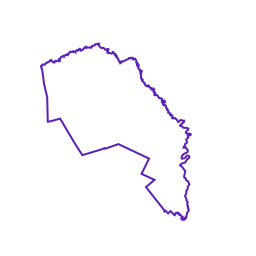 outline of Acuña, Coahuila, Mexico, rotated 46°
{"feature_id": "50627088B18038735195258", "entity_name": "Acuña", "entity_type": "district", "adm_level": 2, "iso_a3": "MEX", "parent_name": "Mexico", "parent_adm1": "Coahuila", "projection": "albers", "projection_center": [-102.149, 29.425], "detail": "fine", "context": "isolated", "style": "outline", "palette": "violet", "viewbox_px": 256, "rotation_deg": 46, "n_neighbors": 0, "source": "geoboundaries", "source_scale": "gbopen_adm2", "svg_char_len": 5630}
<svg xmlns="http://www.w3.org/2000/svg" viewBox="0 0 256 256"><g transform="rotate(46 128 128)"><path d="M183.0,156.1L212.9,159.1L213.4,160.7L213.4,158.5L217.3,158.5L217.3,155.1L222.7,155.1L222.6,154.5L223.1,154.5L222.4,152.4L223.0,152.0L223.0,151.7L223.3,150.9L224.1,150.8L224.3,151.2L224.9,150.9L225.0,151.4L225.8,151.4L225.8,151.0L226.9,151.0L226.8,150.7L228.5,150.7L230.0,150.4L230.0,152.5L232.1,152.6L232.1,151.1L233.1,151.0L233.1,149.1L233.0,148.9L232.3,149.2L232.2,149.0L232.1,148.2L232.3,147.6L231.9,147.2L230.3,144.4L229.9,144.0L229.7,142.2L229.2,141.1L228.5,140.7L228.0,140.9L227.7,140.8L227.1,140.5L227.0,140.0L226.1,139.7L225.9,139.0L224.9,138.9L223.7,138.2L223.3,137.0L222.6,136.4L221.1,136.5L220.4,136.0L220.2,135.6L218.1,134.7L217.0,134.5L216.5,134.1L216.1,133.4L216.1,132.7L215.7,131.7L213.7,129.7L213.5,129.2L213.6,128.4L213.0,127.0L211.6,125.7L211.3,123.3L211.1,122.9L208.5,122.0L207.9,121.9L205.9,122.3L205.4,122.2L204.2,121.5L202.9,121.9L202.4,121.8L200.9,120.0L199.4,117.4L198.4,116.7L193.3,116.1L191.3,116.5L190.8,116.1L190.7,115.3L191.0,113.9L191.4,112.9L192.5,111.1L191.6,106.8L192.0,105.3L191.9,104.5L191.5,104.1L190.5,103.6L190.0,103.6L189.7,103.9L188.7,105.2L189.1,107.1L188.9,108.6L187.6,110.5L187.0,110.5L186.5,110.0L185.7,108.9L185.4,106.5L185.6,105.2L186.6,102.8L186.5,101.3L184.7,100.1L182.9,100.3L182.0,99.9L181.7,100.1L181.0,101.5L180.7,101.7L180.2,100.7L180.1,99.4L179.2,98.2L179.5,96.3L179.4,95.7L179.0,95.2L177.6,94.7L176.7,94.0L176.5,93.4L176.8,92.3L176.7,91.4L176.4,91.1L175.5,90.8L174.8,90.2L174.9,89.4L176.2,88.7L176.5,88.2L176.5,87.7L176.1,87.2L175.7,87.2L175.0,87.6L172.7,89.6L171.6,89.7L171.2,89.4L171.0,88.1L170.8,87.3L171.0,85.7L170.6,85.2L169.8,85.1L168.3,85.9L167.6,86.9L166.0,88.1L164.2,88.0L163.1,88.8L162.5,88.9L162.2,88.5L162.4,86.6L162.3,85.5L162.7,84.2L162.1,82.9L161.7,82.5L160.9,83.5L160.3,83.8L159.6,83.9L159.1,84.3L158.6,85.3L158.8,85.8L158.9,86.9L158.6,87.6L156.6,87.3L155.7,87.0L154.4,87.5L153.3,87.4L152.7,88.1L152.6,88.7L151.6,89.4L150.8,88.9L150.5,88.0L150.0,87.8L149.8,87.4L148.9,87.6L148.5,88.0L148.3,88.6L147.7,88.6L147.3,87.7L146.9,87.4L146.1,88.0L144.9,88.5L144.6,88.2L143.9,86.9L143.5,86.8L142.8,87.4L142.4,87.4L141.9,87.2L141.6,86.5L140.3,86.7L140.2,86.4L138.2,85.3L137.6,85.3L137.2,85.4L137.1,86.1L136.9,86.4L135.3,86.4L134.6,85.9L134.3,85.0L134.3,84.7L135.1,84.1L135.3,83.6L133.9,82.7L133.4,82.8L133.1,83.2L133.2,83.8L133.8,84.9L133.7,85.3L133.3,85.6L132.1,85.0L131.0,83.8L130.8,83.3L130.3,83.2L130.0,83.2L128.9,84.3L128.1,84.8L127.5,84.6L127.2,84.8L126.3,84.3L124.3,84.3L124.0,84.6L123.3,85.8L122.6,86.1L122.1,85.7L122.2,84.9L122.0,84.1L120.9,83.9L120.0,84.6L119.7,84.6L119.1,84.1L118.9,83.4L119.0,83.0L118.8,82.6L117.9,82.3L117.2,82.3L117.1,83.0L117.3,83.4L117.0,84.2L116.6,84.5L116.2,84.3L116.0,83.5L115.7,83.4L113.9,84.4L113.6,84.3L113.2,83.8L112.6,83.9L111.8,83.6L111.5,83.7L111.2,84.2L111.5,85.1L111.2,85.3L110.7,85.3L110.4,85.8L110.2,85.8L109.8,85.6L108.1,85.7L107.8,85.5L107.6,85.0L107.1,84.9L106.9,84.7L105.8,85.1L105.1,84.8L104.4,85.0L104.0,84.9L103.7,85.0L103.4,84.5L103.5,84.0L103.3,83.8L102.8,83.9L102.3,84.3L100.8,83.7L100.2,82.8L99.2,82.4L99.0,81.9L98.4,81.1L97.1,81.1L97.0,80.5L97.3,79.8L97.2,79.4L96.9,78.7L96.4,78.4L96.0,78.6L95.7,79.5L95.4,79.9L95.1,79.8L94.4,79.1L94.1,78.9L92.7,79.4L91.8,78.4L90.5,78.4L90.4,78.1L90.7,77.2L90.3,76.6L90.0,76.7L89.7,77.8L88.9,77.9L88.6,77.6L88.8,76.7L88.5,76.2L88.0,76.1L87.4,76.7L86.8,76.7L86.2,75.7L85.4,75.5L84.8,75.0L83.7,75.1L83.3,74.7L82.7,74.9L82.4,75.5L82.6,76.4L82.5,76.6L81.6,76.7L81.5,76.1L80.7,76.0L80.5,76.4L79.8,76.7L79.6,77.9L78.8,78.2L78.3,78.8L78.5,79.9L78.5,80.4L77.8,81.6L77.4,83.1L77.0,84.0L77.0,85.2L75.7,86.1L76.1,86.7L76.2,87.5L76.0,88.6L75.8,88.5L75.3,87.7L74.8,87.6L74.2,88.1L73.8,88.2L73.5,87.8L72.4,87.6L71.2,86.8L70.7,87.2L69.8,86.7L68.8,87.0L68.4,86.2L68.0,86.0L67.6,86.3L67.4,86.8L66.5,86.8L66.4,86.6L66.4,86.0L65.9,85.6L64.6,86.3L62.8,85.9L62.6,86.2L62.7,86.5L63.5,87.1L63.2,88.1L61.0,89.3L60.4,90.1L59.7,90.5L58.9,90.0L59.0,89.3L58.1,87.8L57.8,87.4L57.5,87.3L56.9,88.0L57.2,89.0L57.0,89.3L56.5,89.2L55.5,90.0L54.6,89.7L54.0,89.8L53.6,90.1L53.1,90.1L52.1,91.5L51.3,91.7L49.8,91.8L48.3,91.6L47.6,91.1L47.4,90.3L46.8,90.5L46.5,90.9L46.1,92.4L45.7,92.6L45.5,93.0L45.1,93.1L45.3,95.1L44.3,96.0L44.2,97.4L44.9,98.4L44.5,99.0L43.8,99.1L43.3,99.6L42.9,100.5L42.4,101.0L41.9,101.4L41.5,101.4L41.7,101.7L41.5,102.3L41.1,102.6L40.3,102.5L40.4,102.8L40.0,103.2L39.9,103.8L40.2,104.4L40.2,105.2L40.2,106.6L39.9,107.1L40.0,107.6L39.5,108.2L38.0,107.5L37.5,107.6L37.2,108.0L37.8,109.8L37.4,110.6L37.0,110.5L36.6,110.5L36.6,111.3L36.2,112.0L36.2,112.6L36.4,113.1L36.9,113.4L36.3,113.6L35.9,114.1L34.8,114.0L34.6,114.4L34.8,114.9L34.7,115.2L34.2,115.6L34.0,115.9L33.0,116.4L33.0,116.8L33.2,117.2L33.1,118.6L33.4,118.9L33.1,119.7L33.8,120.7L33.5,120.9L32.7,120.9L32.4,121.1L32.3,121.9L32.4,122.4L31.6,123.3L31.3,124.0L31.4,124.7L31.9,124.8L30.7,125.6L30.7,126.7L30.5,126.9L31.1,128.7L30.4,129.6L30.5,129.8L31.1,129.9L31.2,130.5L31.9,130.3L32.5,130.5L32.2,131.1L31.8,131.0L31.2,131.1L30.5,132.1L30.3,133.2L29.6,133.4L29.2,133.8L29.2,134.9L29.7,135.2L29.8,135.6L27.5,136.4L26.3,136.3L25.9,136.0L25.2,136.8L25.6,137.6L25.5,138.5L25.1,139.4L25.1,140.0L24.8,140.6L24.8,141.1L24.3,141.3L24.2,141.5L24.5,142.1L24.7,143.3L24.5,143.9L23.9,144.2L23.7,144.7L23.2,144.9L23.2,145.3L23.6,146.0L22.9,146.9L22.9,147.3L23.2,147.8L23.8,147.8L24.8,148.8L25.5,148.8L26.1,149.0L38.2,157.9L49.8,164.8L67.7,181.3L69.1,179.5L74.1,170.3L101.3,176.8L115.8,179.7L124.7,162.4L126.3,158.7L127.1,158.8L132.9,146.1L164.6,134.1L170.4,150.1L183.7,145.0L183.0,156.1Z" fill="none" stroke="#5b21b6" stroke-width="2"/></g></svg>